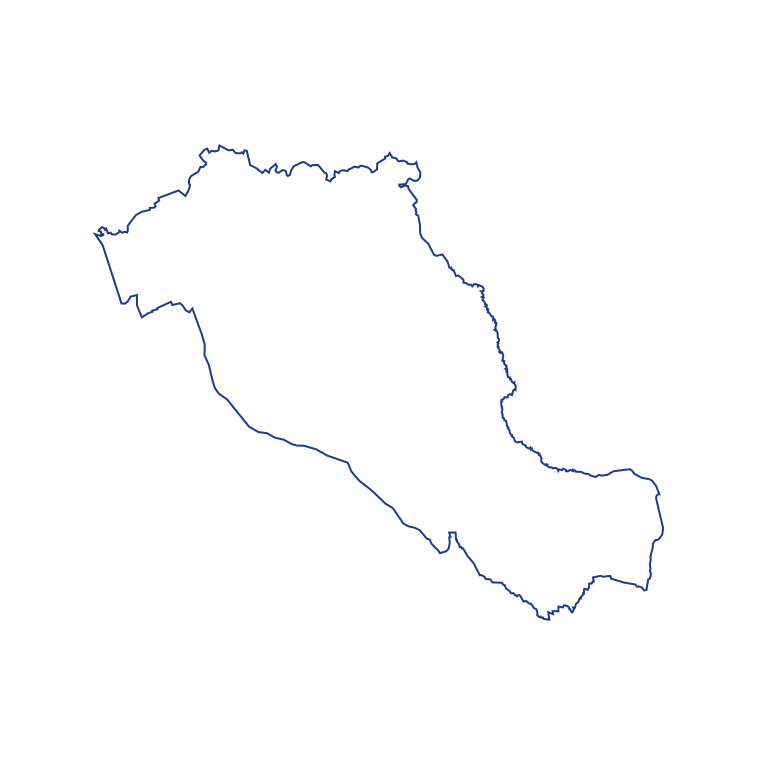 the district of Si Maha Phot, Prachin Buri, Thailand, rotated 341°
{"feature_id": "78962969B29475179093535", "entity_name": "Si Maha Phot", "entity_type": "district", "adm_level": 2, "iso_a3": "THA", "parent_name": "Thailand", "parent_adm1": "Prachin Buri", "projection": "equal_earth", "projection_center": [101.574, 13.876], "detail": "fine", "context": "isolated", "style": "outline", "palette": "blue", "viewbox_px": 768, "rotation_deg": 341, "n_neighbors": 0, "source": "geoboundaries", "source_scale": "gbopen_adm2", "svg_char_len": 6166}
<svg xmlns="http://www.w3.org/2000/svg" viewBox="0 0 768 768"><g transform="rotate(341 384 384)"><path d="M464.5,167.5L462.2,169.5L459.0,169.5L458.5,171.2L449.5,173.2L447.2,178.8L442.6,180.2L441.2,179.8L441.2,177.4L439.6,174.4L435.6,171.4L432.9,170.0L430.2,171.0L426.9,168.9L420.1,169.8L419.0,170.8L414.4,168.4L411.0,168.6L409.9,169.9L406.9,166.8L405.3,169.8L405.0,172.2L400.7,173.4L399.3,174.9L395.9,171.8L397.8,168.9L398.1,166.1L396.4,164.5L393.0,155.5L387.4,153.7L385.6,154.4L381.1,148.6L379.2,147.6L369.7,148.7L366.1,151.5L363.0,155.7L360.8,156.0L360.1,154.8L360.5,151.0L359.8,150.0L357.5,148.7L353.0,150.0L351.2,148.5L351.1,146.5L353.5,143.8L353.3,140.8L346.4,143.4L344.0,146.8L341.6,142.8L337.7,144.9L333.4,138.2L328.7,133.5L330.2,118.8L328.1,117.7L326.0,120.2L325.1,118.7L323.0,119.1L318.9,117.4L317.2,113.3L313.1,112.5L306.1,104.9L303.5,109.3L299.7,109.0L296.8,107.3L294.1,108.5L293.4,103.9L290.3,104.1L284.0,107.9L285.8,114.0L287.7,116.5L287.6,118.2L283.4,119.9L281.1,119.1L277.3,122.9L268.8,124.7L266.2,127.5L264.8,131.1L265.5,131.9L264.9,133.7L262.0,137.6L257.5,141.5L252.6,134.1L231.3,134.7L231.1,137.4L225.7,138.9L226.0,141.5L224.4,142.5L220.0,141.3L219.2,143.1L211.2,142.3L204.6,143.4L193.3,150.9L191.4,156.1L190.3,157.1L188.4,155.6L185.7,155.7L183.7,152.8L182.6,154.4L178.9,155.3L175.2,153.8L174.8,151.9L172.1,151.7L171.9,146.6L170.3,147.4L170.0,145.3L168.4,143.9L164.9,145.3L164.1,146.6L166.1,147.9L165.5,150.0L167.2,150.9L167.1,151.8L164.5,151.9L159.6,148.2L163.2,161.1L162.0,222.4L165.4,223.7L168.3,222.7L172.9,218.9L179.3,219.4L176.0,229.3L176.8,242.1L184.5,240.2L188.4,240.4L188.7,239.2L194.0,239.6L194.3,238.4L209.4,236.9L209.6,240.4L217.4,241.2L219.1,244.0L220.4,249.6L223.2,252.9L227.4,250.3L227.9,277.3L227.4,288.2L223.6,298.4L224.6,309.0L222.8,327.1L222.9,333.3L224.7,339.4L230.6,347.5L242.4,380.2L249.6,388.6L257.3,392.4L263.3,399.2L270.9,403.9L277.6,411.1L281.8,414.0L287.9,416.1L298.7,423.7L306.8,433.0L324.1,446.6L324.7,456.2L329.2,467.6L338.1,481.3L346.2,497.3L352.0,504.3L356.9,522.3L360.6,526.3L366.6,530.2L370.3,534.1L374.2,544.3L376.6,546.0L377.0,550.8L381.0,558.9L381.8,562.2L388.3,562.4L391.3,560.9L394.3,556.0L395.8,550.2L397.1,550.2L397.3,545.7L403.3,547.7L401.5,554.6L402.3,555.3L401.6,556.6L402.7,559.4L402.6,562.8L403.8,563.0L404.0,564.8L405.2,565.0L406.9,573.5L410.4,582.6L412.3,596.0L413.7,596.3L416.2,598.9L416.6,601.5L421.0,603.4L421.8,606.8L430.9,610.4L431.2,612.3L432.6,613.4L432.8,617.1L435.6,621.1L435.9,623.2L438.4,624.0L439.1,626.5L440.6,627.0L440.7,628.0L443.0,627.5L443.9,628.6L445.1,635.1L447.8,635.4L449.6,638.7L451.6,639.8L452.9,644.8L454.8,646.6L454.7,649.8L453.6,652.6L455.1,655.0L456.4,654.9L456.6,656.0L458.3,656.6L458.3,657.9L460.1,659.0L463.6,660.6L465.0,653.2L468.9,656.6L469.5,653.7L474.9,655.7L476.5,651.2L480.5,653.5L482.3,651.8L484.4,653.1L485.9,654.8L486.0,657.5L486.7,657.6L487.1,661.0L487.9,661.2L490.3,658.6L490.1,657.0L491.7,657.7L493.8,654.5L497.0,653.2L499.0,650.4L500.5,651.0L500.8,649.3L503.1,648.5L504.2,646.6L505.0,647.1L506.2,643.2L507.4,643.0L509.5,645.0L511.6,643.0L513.1,639.4L515.3,640.3L517.0,638.7L518.1,639.0L518.6,634.9L526.3,635.9L528.6,637.6L535.0,639.0L535.6,639.6L535.4,642.0L546.0,649.7L556.3,655.4L557.1,658.0L559.5,658.6L561.8,660.8L562.8,663.9L565.2,664.1L570.1,654.9L571.6,654.7L573.8,652.1L574.7,649.5L574.5,647.5L575.8,645.5L576.6,641.4L579.2,636.6L579.4,634.5L584.9,626.1L586.5,622.2L590.0,619.9L591.8,620.5L594.1,619.8L598.1,616.9L601.0,611.1L604.0,581.0L605.1,578.6L606.9,577.6L608.4,578.0L608.1,569.0L606.1,562.7L603.9,560.4L597.0,556.5L591.3,550.1L590.4,546.8L588.7,544.6L572.6,541.2L565.5,542.6L560.3,541.6L557.6,539.9L554.0,540.9L549.2,537.6L548.3,535.9L543.8,533.5L542.2,531.5L536.7,529.3L536.6,528.2L534.8,526.7L534.3,527.9L532.2,525.8L529.4,526.5L527.8,525.7L528.1,524.5L525.7,522.4L524.3,523.4L521.8,521.8L520.6,522.9L520.5,521.1L519.1,519.2L516.0,518.7L515.4,517.4L513.6,516.9L511.9,515.2L512.2,513.9L511.4,514.0L511.4,512.8L510.0,513.0L508.2,510.3L507.4,508.5L508.7,505.5L508.5,502.7L507.5,501.8L508.3,500.6L507.2,500.1L507.2,498.8L506.1,498.8L503.5,496.1L502.4,494.2L502.6,493.2L501.5,493.7L501.6,491.8L500.5,492.4L498.4,490.7L497.6,489.1L498.0,488.3L495.4,485.7L495.6,483.4L490.9,482.6L489.2,480.7L489.2,477.3L487.9,475.3L488.4,474.1L487.8,474.0L487.1,471.2L487.5,468.1L486.7,466.2L487.4,465.6L486.7,464.3L487.4,458.6L486.1,457.6L486.2,455.3L485.2,454.6L486.2,451.6L486.0,449.3L487.8,446.5L487.5,445.1L488.3,444.0L487.8,442.6L488.6,440.1L489.8,439.1L489.3,438.9L489.8,437.4L492.8,436.8L493.6,435.7L496.5,436.9L497.2,435.2L499.8,434.6L501.4,436.1L503.7,432.7L505.6,431.5L506.4,432.5L508.0,428.6L507.3,426.1L507.8,424.8L506.7,425.1L505.6,423.5L505.7,420.8L504.7,420.7L505.1,418.7L503.3,417.6L504.4,412.9L503.7,412.1L505.0,411.2L503.9,409.4L505.3,409.6L505.1,407.0L505.7,406.7L504.1,403.6L505.1,401.5L503.4,400.6L505.8,396.8L506.1,393.5L505.7,392.2L504.4,392.7L503.4,391.2L504.5,390.3L503.6,386.2L504.4,386.1L504.1,384.2L505.3,383.0L504.8,381.7L506.3,381.1L507.3,379.3L506.7,377.2L508.0,372.9L507.8,370.3L507.5,369.1L506.8,369.7L506.1,368.8L506.9,368.5L510.1,362.9L508.8,362.2L509.9,360.4L509.5,358.8L508.0,359.3L508.9,355.7L507.8,355.2L506.4,350.3L505.5,349.9L506.8,347.4L505.7,347.3L506.1,344.5L505.2,343.8L506.7,343.4L506.9,342.3L505.5,341.6L505.8,339.3L504.5,336.5L506.4,334.8L504.9,333.5L506.5,333.1L507.1,331.7L506.0,330.4L506.9,329.1L506.1,328.0L508.3,328.5L509.3,326.3L508.9,324.3L506.2,321.5L504.8,322.3L504.9,321.0L503.5,319.5L501.3,319.1L499.3,320.4L498.3,318.3L495.4,317.1L494.6,315.3L492.1,314.0L493.1,311.5L489.8,305.8L487.2,305.2L486.9,299.0L485.7,298.7L485.4,295.9L484.5,296.2L483.7,295.1L483.9,289.1L481.4,280.5L475.4,279.9L473.3,278.1L471.6,266.0L467.6,258.4L467.2,253.6L469.7,245.7L471.2,236.1L469.4,233.9L470.7,231.8L470.3,230.1L471.4,229.1L469.8,224.5L472.3,222.8L473.8,222.9L475.0,220.7L470.7,207.6L471.2,204.7L468.5,203.3L464.2,203.5L463.0,202.1L463.3,200.4L469.6,202.1L473.4,198.5L475.1,198.0L478.9,201.9L482.0,202.5L485.3,200.4L487.2,195.7L486.2,190.2L486.7,184.9L485.0,185.9L482.0,185.4L477.9,183.4L478.2,182.1L475.3,179.2L470.1,178.2L468.8,174.4L465.7,172.6L464.5,167.5Z" fill="none" stroke="#1e3a8a" stroke-width="2"/></g></svg>